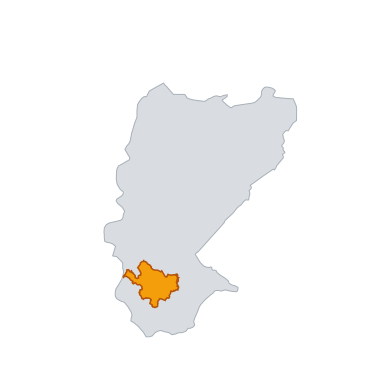 Houet, Houet, Burkina Faso (highlighted), rotated 313°
{"feature_id": "67063806B93880456931202", "entity_name": "Houet", "entity_type": "district", "adm_level": 2, "iso_a3": "BFA", "parent_name": "Burkina Faso", "parent_adm1": "Houet", "projection": "orthographic", "projection_center": [-4.215, 11.389], "detail": "fine", "context": "in_parent", "style": "filled", "palette": "amber", "viewbox_px": 384, "rotation_deg": 313, "n_neighbors": 0, "source": "geoboundaries", "source_scale": "gbopen_adm2", "svg_char_len": 8206}
<svg xmlns="http://www.w3.org/2000/svg" viewBox="0 0 384 384"><g transform="rotate(313 192 192)"><path d="M278.4,235.5L269.4,236.0L266.2,237.0L264.2,237.1L264.2,236.3L263.9,235.8L252.6,233.2L244.7,231.7L236.6,230.0L236.2,231.7L235.1,232.8L233.3,232.9L232.1,232.7L231.3,234.0L230.0,235.7L228.2,236.6L226.4,237.7L225.4,238.6L224.6,238.7L222.7,236.5L220.3,236.3L215.7,236.7L213.7,236.1L210.9,235.9L204.3,236.4L193.7,235.6L192.0,236.1L191.5,236.5L181.0,236.7L169.5,236.9L159.8,237.1L151.4,237.2L151.4,236.8L148.7,236.8L148.4,237.5L146.0,246.4L145.8,251.2L147.1,254.2L148.5,256.1L150.1,256.8L150.3,257.9L149.0,259.3L149.1,260.7L150.6,262.2L151.0,263.7L150.2,265.3L150.4,269.2L151.6,275.4L151.7,279.4L150.6,281.2L151.1,284.3L153.2,288.7L153.6,290.6L152.9,291.4L151.1,292.6L149.4,292.6L147.3,289.9L146.4,288.7L144.7,286.0L143.3,283.3L141.4,282.1L139.6,281.0L137.3,277.6L135.1,276.0L132.8,276.4L129.4,275.8L122.6,275.0L115.3,275.2L112.2,276.0L109.2,277.3L101.6,280.0L98.6,281.4L96.3,284.9L93.7,284.8L91.2,283.7L89.5,282.1L86.1,282.5L82.7,280.9L79.5,277.9L77.1,276.9L74.0,274.7L73.2,270.6L71.3,267.7L69.5,263.7L66.9,261.9L63.9,260.9L59.7,261.1L56.9,259.5L54.8,257.1L55.4,255.1L56.3,252.2L56.5,249.4L57.1,244.8L56.8,239.2L56.0,235.2L58.3,233.6L61.0,232.1L62.7,229.4L64.4,223.4L65.2,218.2L64.6,216.3L63.8,214.8L63.1,212.5L62.7,209.8L63.2,207.4L65.2,205.2L67.7,203.3L69.5,202.4L74.3,201.5L80.2,200.2L83.6,198.6L86.1,197.1L87.5,195.8L89.0,193.3L91.2,191.3L93.0,189.4L93.3,183.8L93.3,180.7L92.0,179.0L91.2,177.5L100.0,173.2L100.1,170.1L98.9,166.7L97.1,164.0L96.5,161.6L98.9,158.9L101.1,156.8L102.6,155.0L106.1,152.3L109.7,151.6L112.9,152.6L122.5,159.0L124.2,159.4L126.2,158.9L128.7,157.2L132.0,155.9L133.2,151.6L133.0,145.3L133.8,142.5L135.5,141.9L141.0,143.1L142.4,143.2L144.0,142.8L145.2,141.7L145.1,139.7L144.9,137.9L146.6,132.0L149.9,127.7L156.4,122.2L158.5,121.1L160.9,120.5L172.7,124.2L174.6,123.2L177.4,113.9L180.6,113.0L184.5,112.8L187.0,112.0L188.3,111.3L193.8,107.8L203.7,102.9L209.0,100.8L210.0,100.0L213.7,96.5L218.7,92.6L221.9,91.8L226.4,91.4L229.2,92.0L230.0,93.1L230.9,93.7L236.7,91.9L245.0,94.5L252.3,96.9L251.8,98.6L251.8,101.5L251.3,106.1L250.7,111.7L253.8,115.2L257.4,119.0L258.4,120.4L257.5,124.2L258.2,126.5L260.2,130.1L263.5,134.8L266.9,139.5L269.1,140.1L271.3,140.5L272.7,141.3L274.6,142.1L276.5,142.6L278.2,143.7L279.3,144.7L280.8,147.6L284.5,149.5L287.1,151.4L286.1,152.5L282.9,152.1L279.8,151.3L279.4,152.8L279.4,158.2L280.0,162.8L280.7,163.4L283.8,164.1L291.2,169.9L298.0,175.4L300.2,176.8L303.9,177.3L308.0,177.4L309.7,176.9L313.6,174.0L315.7,173.6L317.7,173.7L318.7,174.1L320.7,176.3L322.6,179.8L323.1,182.3L323.0,183.7L322.4,184.2L319.2,185.0L317.8,185.5L317.4,186.3L318.0,188.0L318.6,189.1L322.3,194.0L327.6,200.7L329.2,202.4L328.4,204.4L325.9,209.8L324.0,212.0L315.5,219.7L311.2,218.9L302.4,220.6L301.0,218.9L298.9,218.7L296.3,219.1L295.4,219.7L295.1,220.5L294.2,221.5L292.6,224.5L291.4,225.3L289.8,225.8L287.9,225.8L286.7,226.2L286.7,227.6L286.4,228.9L285.1,229.6L284.6,231.0L284.7,232.4L284.0,233.1L282.3,232.8L281.3,232.4L280.4,234.2L279.2,235.5L278.4,235.5Z" fill="#d9dde1" stroke="#a8b0b8" stroke-width="1"/><path d="M108.8,203.5L107.9,203.5L107.1,203.1L106.2,202.8L105.1,202.7L104.8,202.7L104.6,202.8L104.1,203.3L103.8,203.5L101.5,203.6L99.6,203.9L99.3,206.1L99.1,206.4L98.8,206.9L98.7,207.8L98.8,208.2L98.6,208.3L98.6,208.5L98.3,208.8L98.2,209.0L97.9,209.3L97.8,209.6L97.9,209.9L97.6,210.3L97.1,210.5L96.6,210.9L96.4,210.9L96.1,211.2L95.9,211.2L95.7,210.8L95.5,210.5L95.4,210.3L95.1,210.3L94.8,210.2L94.4,210.2L94.1,210.0L93.8,210.1L93.6,210.3L93.3,210.7L93.0,211.0L92.8,211.3L92.7,211.5L91.7,211.0L91.1,210.5L91.0,210.2L90.9,209.0L90.8,208.6L91.1,208.4L91.5,208.0L91.9,207.8L92.0,207.7L92.2,206.8L92.3,205.6L92.3,204.8L92.4,204.4L92.6,204.1L92.5,203.9L92.2,203.8L92.5,203.1L92.5,202.7L92.2,202.5L92.7,202.2L93.1,201.4L92.7,201.3L92.2,201.2L91.8,201.3L91.3,201.2L91.4,200.4L91.4,200.1L91.8,199.5L91.9,198.9L91.8,198.6L91.6,198.2L91.3,198.0L91.2,198.1L90.6,197.5L90.1,197.7L89.8,198.2L89.2,198.7L88.4,198.7L87.9,198.8L87.6,198.8L86.8,199.3L86.0,199.3L85.8,199.3L85.5,199.3L85.3,199.1L85.0,199.4L84.7,199.4L84.2,199.3L83.7,199.3L83.3,199.6L83.0,200.0L83.4,200.0L83.8,200.2L84.3,200.5L85.4,201.1L85.6,201.3L85.6,201.9L86.2,204.8L85.8,207.4L86.0,208.3L86.3,209.6L86.0,209.9L85.9,210.2L85.7,210.3L84.9,210.2L84.8,210.6L84.8,211.7L84.9,211.8L86.7,212.3L87.0,212.5L87.1,212.9L86.9,213.6L86.9,214.1L86.9,215.0L87.0,215.5L87.4,216.0L88.6,216.7L88.7,216.9L88.8,217.2L88.6,218.6L88.7,219.5L88.3,220.3L87.8,220.5L87.6,220.7L87.5,221.1L87.5,221.5L86.5,222.0L86.4,222.0L86.0,221.8L85.9,221.3L85.7,221.2L85.3,220.9L85.0,220.7L84.7,220.9L84.7,221.2L83.9,221.3L83.7,221.6L83.3,221.9L83.1,221.8L83.0,222.0L82.5,222.0L82.6,222.3L82.5,222.5L82.3,222.5L82.0,222.8L82.0,223.2L81.8,223.2L81.5,223.5L81.4,223.6L81.4,223.8L81.1,224.2L81.2,225.3L81.2,225.7L80.5,227.1L79.9,227.8L80.0,228.5L80.5,228.8L80.6,229.3L80.8,229.5L80.7,229.6L81.2,229.7L81.4,229.5L82.3,230.4L82.9,230.4L83.4,230.6L83.6,230.8L83.6,231.2L83.5,231.3L83.6,231.5L84.1,232.0L84.5,232.2L84.9,232.8L85.5,234.2L85.4,234.9L85.5,235.4L85.3,235.7L84.9,235.8L84.3,235.7L84.2,235.9L83.9,236.2L83.6,236.5L82.7,236.7L82.2,236.9L81.7,237.3L81.8,238.0L82.3,239.4L82.3,239.7L82.3,239.8L81.9,240.2L81.4,240.4L81.4,240.8L81.2,241.6L81.6,241.7L81.6,242.1L81.6,242.3L82.2,243.0L82.3,243.3L82.2,243.6L82.5,243.8L82.7,244.0L83.3,244.1L83.7,244.3L83.9,244.6L84.0,244.7L84.7,244.7L85.0,244.7L85.3,244.5L86.5,243.4L87.5,242.9L87.5,242.4L87.9,242.0L88.6,241.8L89.2,241.4L89.6,241.5L90.0,241.6L90.7,241.4L91.1,241.5L91.2,241.3L91.5,241.1L91.9,241.3L92.3,241.3L94.3,245.9L94.4,246.2L94.6,246.2L94.6,246.3L95.6,245.8L96.3,246.1L96.7,246.1L96.9,246.0L97.2,246.1L97.7,246.2L97.8,246.1L98.1,246.8L98.3,247.2L98.8,247.5L99.0,247.5L99.3,247.5L99.6,247.1L99.8,247.0L100.1,247.0L100.4,246.7L100.6,246.1L100.7,245.9L101.2,245.8L102.3,245.7L102.6,245.5L103.1,245.5L103.5,245.2L103.8,245.1L104.0,245.0L104.1,244.8L104.2,244.7L104.7,244.5L104.9,244.1L105.1,244.1L105.2,244.3L105.4,244.6L105.6,245.1L105.7,245.3L105.8,245.3L106.1,245.8L106.6,246.1L106.8,246.1L107.1,246.2L107.3,246.0L107.4,246.3L107.7,246.6L107.8,246.5L108.1,246.5L108.4,247.0L108.8,247.1L109.1,247.0L109.8,247.0L110.0,247.3L110.1,247.6L110.4,247.6L110.6,247.9L110.6,248.2L110.5,248.3L110.6,248.5L110.9,248.4L111.0,247.9L111.4,247.9L111.4,247.7L111.6,247.6L111.8,247.5L112.0,247.6L112.3,247.4L112.7,247.5L112.8,247.3L113.0,247.3L113.2,247.1L113.1,246.7L113.1,246.4L113.4,246.4L113.6,246.5L113.7,246.2L113.5,246.3L113.3,246.0L113.6,245.7L113.3,245.4L113.7,245.4L113.7,245.2L113.9,245.1L114.1,245.0L114.2,244.9L114.0,244.7L114.2,244.2L114.3,244.2L114.6,243.6L115.1,243.1L115.0,242.8L115.1,242.5L115.2,242.4L115.3,242.5L115.3,242.4L115.7,242.1L115.9,242.3L116.4,242.1L116.6,242.2L116.6,242.6L116.7,242.8L117.2,242.8L117.3,242.7L117.5,242.6L117.8,242.5L117.9,242.4L117.6,241.9L117.4,241.8L117.2,241.5L117.3,241.4L117.6,241.5L117.8,241.3L117.8,241.1L117.6,240.9L117.9,240.8L118.4,241.3L118.6,240.7L118.8,240.5L119.0,240.6L119.0,240.9L119.2,241.1L119.3,241.0L119.4,240.7L119.7,240.6L120.0,240.8L120.3,240.7L120.1,240.4L120.2,240.2L120.1,239.9L120.2,239.7L120.0,239.9L119.8,240.0L119.8,239.8L119.6,239.6L119.6,239.4L119.8,239.4L120.0,239.2L119.8,239.0L120.2,238.6L120.2,238.3L120.2,237.9L120.4,238.1L120.6,238.1L120.6,238.4L121.0,238.3L121.3,238.3L121.3,238.2L121.4,237.7L121.7,237.7L121.8,237.3L121.6,237.1L121.2,237.2L121.1,236.9L121.2,236.6L120.8,236.5L120.6,236.3L120.4,236.4L119.9,236.1L119.6,236.1L119.2,235.3L119.0,235.1L118.9,235.1L118.6,234.7L117.9,234.3L117.7,234.2L117.5,233.9L117.2,233.8L117.2,233.6L116.7,233.2L116.6,232.9L116.4,232.7L116.2,232.2L115.7,231.7L115.5,231.4L115.5,231.2L115.3,231.2L115.3,230.9L115.0,231.0L114.9,230.9L114.9,230.7L114.7,230.8L114.2,230.9L113.9,231.0L113.5,231.1L113.4,231.3L113.0,231.5L112.4,231.2L112.2,230.7L111.9,230.4L112.0,229.5L113.7,223.6L112.3,223.6L111.5,220.4L109.2,217.6L108.7,216.3L108.6,213.8L109.6,213.2L109.5,212.2L109.9,211.3L109.7,210.3L109.4,210.0L109.2,209.0L109.3,209.0L109.4,207.0L109.4,206.7L109.6,206.6L109.4,205.8L109.4,205.6L109.1,205.4L108.9,204.6L108.5,204.3L108.5,204.0L108.8,203.5Z" fill="#f59e0b" stroke="#b45309" stroke-width="1.5"/></g></svg>